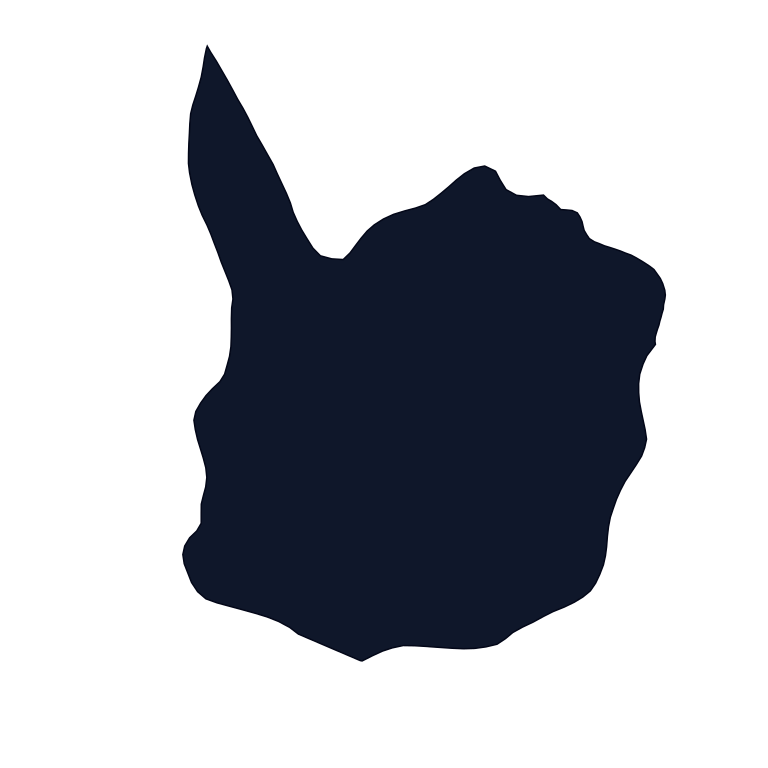 Al Maflahi, Lahij, Yemen (Equal Earth projection), rotated 107°
{"feature_id": "15242507B25338309738569", "entity_name": "Al Maflahi", "entity_type": "district", "adm_level": 2, "iso_a3": "YEM", "parent_name": "Yemen", "parent_adm1": "Lahij", "projection": "equal_earth", "projection_center": [45.119, 13.783], "detail": "fine", "context": "isolated", "style": "filled", "palette": "ink", "viewbox_px": 768, "rotation_deg": 107, "n_neighbors": 0, "source": "geoboundaries", "source_scale": "gbopen_adm2", "svg_char_len": 2919}
<svg xmlns="http://www.w3.org/2000/svg" viewBox="0 0 768 768"><g transform="rotate(107 384 384)"><path d="M215.5,141.5L212.2,142.9L206.5,146.8L202.3,150.6L199.2,154.6L195.6,159.3L193.8,164.1L192.2,169.5L191.4,172.4L190.8,174.8L189.6,179.8L188.5,185.4L188.2,191.4L187.7,196.8L187.5,202.2L187.4,207.7L187.4,213.6L186.8,219.3L186.5,224.5L184.9,230.2L182.0,233.8L178.6,237.5L175.0,239.7L170.8,242.1L167.0,245.4L163.8,249.2L163.7,250.2L163.1,254.9L164.2,260.3L165.5,266.0L162.2,271.9L160.5,276.7L159.2,281.9L156.7,286.7L157.2,287.9L162.5,300.6L164.8,312.5L162.4,324.1L159.3,327.7L155.0,332.6L147.9,339.6L146.1,351.4L151.1,360.9L159.4,368.6L167.9,374.5L172.2,377.1L176.8,379.9L184.8,385.1L192.9,390.7L200.4,396.9L206.6,405.4L212.3,414.6L219.0,424.5L226.4,432.8L234.6,439.8L239.1,442.6L242.6,444.8L251.2,448.5L259.6,451.6L268.6,454.8L276.9,459.4L279.6,470.5L280.0,482.3L274.8,491.8L274.0,492.7L267.6,500.1L260.8,507.7L253.8,514.6L246.3,521.1L238.2,526.5L230.3,533.0L222.1,540.4L214.0,547.7L206.5,554.2L199.1,562.0L190.9,570.6L183.7,578.4L176.4,585.1L169.0,592.0L161.6,599.4L154.5,607.2L147.1,614.6L139.4,622.5L132.3,630.1L124.4,638.6L117.2,647.0L112.6,651.8L115.2,651.9L124.6,651.0L133.4,649.7L144.0,648.5L154.6,648.2L163.4,648.2L163.5,648.2L173.1,648.4L182.1,647.9L192.2,645.7L201.5,643.3L211.2,640.9L220.4,638.4L230.2,635.5L238.8,631.7L249.4,626.0L258.4,620.3L267.9,613.6L275.8,607.2L284.0,599.5L291.4,593.3L299.1,587.4L306.7,581.4L315.1,575.2L323.0,568.8L330.7,562.6L338.4,556.9L346.9,553.3L355.8,551.9L366.3,549.0L375.0,546.3L384.0,543.7L393.0,541.3L402.7,539.8L411.5,539.5L421.2,539.3L429.8,541.6L438.5,546.6L447.1,550.8L455.9,553.8L465.2,555.9L465.5,555.9L474.2,555.2L482.8,551.1L491.5,546.1L499.6,540.6L507.6,535.2L516.2,529.9L525.2,526.1L534.5,524.4L543.3,524.1L552.3,523.6L561.1,521.0L570.6,518.1L570.8,518.1L579.3,520.1L587.9,524.9L597.1,527.2L597.3,527.2L605.9,526.5L614.3,522.5L622.0,516.4L630.1,510.0L637.1,501.5L641.5,491.5L642.1,479.6L641.7,467.1L641.3,455.3L640.9,440.3L640.9,427.8L641.9,415.2L643.3,408.3L644.3,403.1L648.2,392.7L655.4,326.3L655.4,325.1L655.2,323.9L647.3,315.7L639.9,307.4L633.9,298.9L628.5,289.2L625.3,278.1L622.4,266.1L621.9,263.7L619.7,254.2L616.8,241.7L615.4,236.3L613.9,230.5L610.3,219.9L605.6,209.7L599.8,199.8L592.0,193.4L584.0,188.2L576.2,180.7L568.0,171.7L559.3,163.2L552.3,155.9L544.6,146.4L537.0,138.2L529.6,131.6L521.5,126.2L512.6,123.4L503.0,122.0L492.8,121.3L483.6,122.0L474.8,123.5L464.0,125.9L454.7,127.6L445.3,128.6L436.4,128.4L426.3,128.0L416.4,126.8L406.7,125.0L396.5,121.9L387.5,119.2L377.6,116.6L368.8,116.1L360.0,116.8L351.2,121.0L343.1,125.5L335.0,130.0L326.4,134.5L317.8,137.9L309.2,140.6L299.8,142.3L289.2,142.1L280.1,140.9L266.8,136.0L264.1,137.3L259.7,138.4L255.8,138.5L252.7,138.5L251.6,138.5L247.3,138.3L243.1,138.6L239.2,138.6L235.0,138.8L230.8,138.8L226.5,139.8L220.5,140.3L216.5,141.0L215.5,141.5Z" fill="#0f172a" stroke="#020617" stroke-width="1.5"/></g></svg>